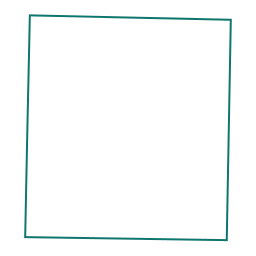 outline of Miner, South Dakota, United States of America, rotated 91°
{"feature_id": "52423323B22522390065313", "entity_name": "Miner", "entity_type": "district", "adm_level": 2, "iso_a3": "USA", "parent_name": "United States of America", "parent_adm1": "South Dakota", "projection": "natural_earth1", "projection_center": [-97.65, 44.022], "detail": "fine", "context": "isolated", "style": "outline", "palette": "teal", "viewbox_px": 256, "rotation_deg": 91, "n_neighbors": 0, "source": "geoboundaries", "source_scale": "gbopen_adm2", "svg_char_len": 231}
<svg xmlns="http://www.w3.org/2000/svg" viewBox="0 0 256 256"><g transform="rotate(91 128 128)"><path d="M18.0,27.1L17.1,228.1L128.8,228.6L238.9,228.9L238.4,27.3L18.0,27.1Z" fill="none" stroke="#0f766e" stroke-width="2"/></g></svg>